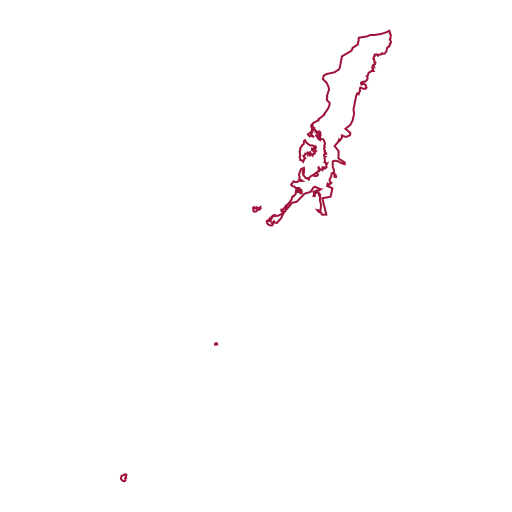 Cartagena De Indias, Bolívar, Colombia (Robinson projection)
{"feature_id": "7082276B69747109400917", "entity_name": "Cartagena De Indias", "entity_type": "district", "adm_level": 2, "iso_a3": "COL", "parent_name": "Colombia", "parent_adm1": "Bolívar", "projection": "robinson", "projection_center": [-75.517, 10.041], "detail": "fine", "context": "isolated", "style": "outline", "palette": "rose", "viewbox_px": 512, "rotation_deg": 0, "n_neighbors": 0, "source": "geoboundaries", "source_scale": "gbopen_adm2", "svg_char_len": 6021}
<svg xmlns="http://www.w3.org/2000/svg" viewBox="0 0 512 512"><path d="M374.6,61.0L373.9,60.1L374.0,58.9L373.3,58.5L374.6,55.1L374.9,55.4L375.1,54.7L376.5,54.3L377.9,55.7L378.5,54.7L381.3,54.4L382.0,53.3L383.1,53.8L384.8,53.5L386.5,51.1L387.2,47.7L388.4,46.5L388.9,46.7L389.8,45.4L389.8,43.6L390.4,43.5L391.1,42.1L389.8,39.2L390.4,38.7L390.8,34.7L389.9,33.7L390.1,32.6L389.1,30.7L387.4,31.9L381.3,33.9L374.7,35.0L370.1,35.0L367.5,36.3L359.0,37.7L358.6,38.0L358.7,40.1L357.7,44.5L352.5,48.0L352.0,49.9L351.0,51.0L341.9,56.4L339.9,67.3L339.0,69.3L334.5,72.3L326.8,74.0L323.7,75.6L322.9,79.2L326.6,82.7L328.7,87.3L329.0,89.8L326.8,96.3L327.4,97.3L326.7,99.3L327.3,100.7L329.6,102.6L329.5,105.0L328.1,108.6L324.0,114.3L324.3,114.6L318.9,119.1L318.6,119.9L318.4,119.6L318.1,120.4L313.5,122.9L311.3,125.1L311.2,126.4L312.1,128.8L311.9,130.7L310.3,132.8L307.9,134.2L308.2,134.6L307.6,135.0L308.1,134.9L309.8,136.5L310.8,135.6L314.0,137.1L311.1,134.5L313.0,130.2L313.7,129.8L312.9,129.3L313.3,129.1L312.0,127.4L312.8,126.2L313.1,127.5L314.3,128.0L314.1,129.0L316.2,131.0L315.6,131.8L317.5,132.1L317.3,132.6L318.0,132.1L317.8,132.7L318.1,132.1L320.3,132.2L320.2,135.0L319.8,135.0L319.4,133.8L318.4,134.6L320.1,135.2L319.6,135.5L320.0,135.8L320.1,136.5L318.9,135.1L317.4,136.4L316.5,135.7L316.3,135.9L317.7,137.3L318.4,138.9L320.2,140.2L320.5,139.6L319.9,139.7L319.2,138.7L319.3,137.4L320.1,136.5L319.6,138.6L322.2,138.9L322.5,138.5L322.4,139.0L323.6,139.7L324.8,142.6L325.0,143.9L324.1,146.0L324.8,147.2L323.9,149.1L324.4,149.7L324.5,149.1L325.0,151.1L324.5,151.8L326.2,153.3L326.2,153.8L324.7,153.9L324.0,155.1L324.5,156.5L325.1,156.7L324.5,157.1L324.9,160.9L324.5,162.1L325.4,162.2L326.1,164.2L327.0,163.7L326.3,165.1L326.5,167.4L325.5,168.2L324.9,167.8L324.7,168.3L323.8,167.6L323.0,169.1L322.8,167.7L324.3,167.2L322.3,167.4L322.3,169.1L321.2,169.8L319.9,169.2L319.7,169.8L318.3,166.4L319.0,170.8L314.2,174.1L317.0,172.7L317.9,174.8L317.1,175.8L315.5,176.1L314.0,175.9L313.5,174.7L310.6,176.3L308.9,178.2L309.1,180.3L308.3,179.0L308.6,178.4L307.6,178.1L308.2,177.6L306.9,178.4L305.8,178.1L303.2,174.9L303.4,174.1L302.7,173.2L303.4,172.5L303.2,171.9L303.9,172.5L304.0,172.0L304.0,169.3L303.1,169.5L304.1,168.8L303.9,167.8L301.0,169.1L298.9,174.7L299.7,177.1L299.2,178.8L302.4,180.9L300.4,181.0L300.1,180.3L299.0,180.2L297.5,181.9L294.8,182.1L293.7,181.3L291.1,184.5L292.3,186.1L294.3,186.6L296.1,188.5L296.2,188.1L298.4,188.0L298.1,188.5L298.9,188.2L299.7,188.9L299.5,189.3L301.1,189.7L301.9,192.2L301.7,193.1L300.7,193.4L299.8,192.8L301.3,192.1L300.8,191.5L298.8,190.8L297.7,191.6L297.7,190.5L296.3,189.2L295.5,194.3L293.2,196.2L293.8,196.0L293.5,196.5L292.3,196.8L291.5,199.7L288.3,203.7L288.8,204.4L288.5,205.2L288.4,204.3L286.0,205.6L283.3,209.5L281.4,209.5L281.3,210.8L282.9,211.5L282.8,212.5L281.5,214.1L278.2,215.7L275.9,216.0L275.2,215.4L274.0,216.3L273.4,215.7L273.6,215.3L273.0,215.5L271.6,216.9L272.1,217.6L271.4,218.8L271.0,218.5L270.5,219.4L270.6,221.4L268.7,220.9L269.2,220.2L269.9,220.4L269.5,218.9L268.7,220.1L266.9,220.9L267.2,223.4L268.4,224.6L270.5,225.5L272.3,225.4L273.2,223.0L271.9,222.9L272.0,222.5L273.3,222.3L273.9,221.3L274.4,222.1L273.1,222.4L273.3,222.9L274.4,222.4L276.9,223.0L281.4,217.8L283.1,213.8L286.0,210.2L285.4,208.1L286.4,205.9L287.3,207.6L286.3,209.6L290.4,205.1L291.6,202.9L296.8,201.7L304.4,193.8L310.6,191.8L313.2,187.8L314.8,186.7L319.8,188.9L319.8,189.4L320.6,189.4L319.5,190.2L318.6,189.9L317.7,190.7L316.4,190.5L316.2,191.4L315.0,191.4L314.6,192.1L313.5,191.8L314.1,193.6L313.6,196.1L314.8,196.1L315.0,193.5L316.3,192.6L318.6,192.6L319.0,194.8L319.7,194.1L320.1,194.6L319.9,200.1L321.1,205.1L320.4,210.5L321.2,210.9L317.3,210.1L318.8,211.9L321.3,212.7L321.5,214.1L322.3,214.7L326.3,214.6L322.3,198.3L330.6,196.7L332.4,188.2L327.1,186.0L327.5,184.0L327.7,183.7L328.5,185.1L329.3,184.9L329.7,183.9L331.2,183.3L331.4,182.7L330.0,181.9L329.5,179.7L331.3,176.4L331.6,173.4L333.3,172.8L334.5,174.8L334.6,176.9L336.0,177.1L336.1,176.5L335.6,175.0L335.0,175.0L334.1,173.0L333.8,169.2L332.8,167.5L332.7,161.4L335.1,160.7L338.4,161.4L340.5,162.8L344.7,164.2L344.7,162.5L338.4,158.4L338.7,151.3L334.6,146.0L338.1,142.0L339.0,139.6L339.7,140.7L340.2,140.1L342.0,137.4L341.9,135.4L346.0,137.0L350.0,135.2L350.4,133.0L345.4,128.8L350.3,124.9L352.6,120.5L354.1,113.7L353.5,109.3L356.1,96.1L357.2,93.4L358.6,94.3L359.7,90.7L359.8,91.5L360.0,91.9L359.9,88.6L360.4,87.5L363.3,88.8L365.7,88.7L366.1,88.2L366.5,87.4L365.9,86.8L366.0,85.5L365.2,84.7L363.2,83.8L360.8,84.9L361.4,84.3L361.0,83.6L361.2,82.5L363.1,81.7L364.8,81.8L367.3,79.6L367.6,77.2L366.8,76.2L367.7,75.6L368.7,72.6L370.5,71.9L371.1,71.1L373.5,71.0L372.6,69.7L373.4,68.9L372.1,67.5L372.8,67.0L372.8,66.2L373.3,66.3L372.9,66.0L373.1,65.3L373.7,65.8L373.5,65.2L375.0,64.2L374.8,63.5L375.4,62.8L374.4,62.3L374.6,61.0ZM305.1,140.2L304.1,140.8L303.6,144.3L301.9,145.4L301.5,146.8L300.1,148.1L300.4,150.0L299.5,151.6L300.3,154.4L299.6,157.1L300.3,159.0L300.1,159.9L302.6,160.8L303.1,161.7L303.5,160.9L302.9,160.7L305.2,158.4L304.4,158.1L304.3,156.9L303.3,156.0L305.1,154.9L305.2,153.7L306.7,153.7L307.6,152.5L308.5,153.4L308.3,154.6L308.9,154.1L309.6,155.2L309.1,152.7L310.1,152.2L310.5,153.7L310.7,153.3L311.3,154.2L310.9,154.9L311.7,154.5L312.7,155.6L313.4,153.7L314.6,153.7L314.4,152.9L316.0,151.1L313.8,150.3L313.4,149.4L314.0,149.0L313.6,148.7L312.8,149.0L312.5,150.2L314.1,151.4L312.1,150.3L312.5,149.3L312.1,149.0L312.1,148.7L312.5,148.9L314.0,147.8L315.2,149.0L315.8,147.5L316.1,148.7L316.0,147.7L315.2,146.5L312.2,145.4L310.1,145.4L306.5,142.8L305.1,140.2ZM126.1,477.9L125.7,475.4L126.3,474.9L125.3,474.2L121.4,476.1L120.9,478.9L122.4,480.6L124.4,481.3L125.4,480.4L125.2,478.2L126.1,477.9ZM256.5,207.3L256.1,208.5L254.4,208.0L254.1,208.5L254.0,207.2L253.1,207.7L253.5,211.2L254.5,211.7L256.5,211.3L257.4,209.9L259.4,209.3L258.8,209.4L259.5,208.7L259.8,209.3L260.6,208.2L259.9,207.8L260.0,207.3L258.7,208.2L256.5,207.3ZM216.7,343.2L215.2,343.5L215.0,344.6L217.1,344.4L216.7,343.2Z" fill="none" stroke="#9f1239" stroke-width="2"/></svg>